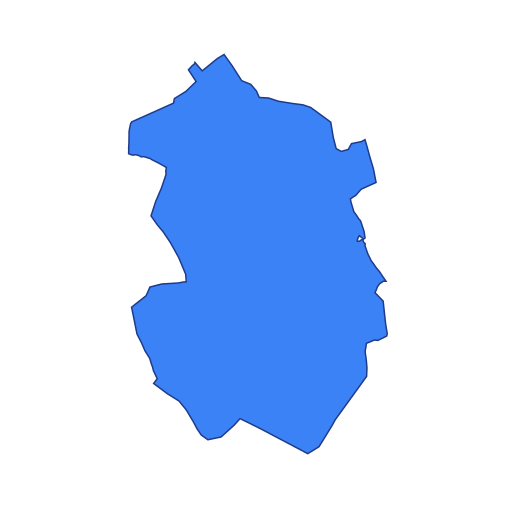 Miga, Jigawa, Nigeria (Albers equal-area conic projection), rotated 259°
{"feature_id": "59680162B14319741144045", "entity_name": "Miga", "entity_type": "district", "adm_level": 2, "iso_a3": "NGA", "parent_name": "Nigeria", "parent_adm1": "Jigawa", "projection": "albers", "projection_center": [9.714, 12.229], "detail": "fine", "context": "isolated", "style": "filled", "palette": "blue", "viewbox_px": 512, "rotation_deg": 259, "n_neighbors": 0, "source": "geoboundaries", "source_scale": "gbopen_adm2", "svg_char_len": 2163}
<svg xmlns="http://www.w3.org/2000/svg" viewBox="0 0 512 512"><g transform="rotate(259 256 256)"><path d="M349.4,385.2L348.2,381.4L348.1,371.2L343.0,366.9L342.4,359.7L346.1,355.2L357.5,354.5L373.1,354.9L391.4,338.0L395.5,330.8L398.8,320.8L403.7,307.4L408.7,298.5L411.0,289.5L417.9,287.9L425.5,283.6L430.8,275.4L439.9,271.8L447.5,268.8L450.5,267.4L452.5,266.5L459.9,263.1L457.3,255.9L448.0,238.5L457.7,233.0L456.2,232.1L455.6,231.2L455.3,230.1L451.7,225.2L438.7,230.5L431.0,218.7L426.1,205.9L421.8,204.2L411.4,159.6L409.9,158.2L407.5,157.2L405.0,156.1L401.8,155.0L398.6,154.4L394.9,153.6L391.0,152.8L385.9,151.5L383.9,151.2L381.8,150.7L380.7,150.5L379.5,152.3L378.4,154.7L378.5,156.2L378.3,157.3L377.5,159.1L376.5,160.8L375.2,162.2L375.0,164.7L374.0,166.7L373.0,168.5L372.0,170.5L370.4,172.2L368.3,174.9L366.4,177.4L364.7,179.5L360.0,184.9L356.7,183.7L353.3,183.3L340.7,176.1L328.8,168.0L315.4,160.6L305.2,165.2L297.8,169.3L285.6,174.5L269.3,179.8L251.5,183.5L244.0,182.6L244.4,178.9L244.3,175.0L246.5,158.1L245.8,146.0L238.0,140.6L229.5,124.1L202.1,124.3L192.4,127.1L184.2,128.9L175.9,132.1L170.1,132.7L166.3,133.3L163.2,133.4L154.4,135.6L150.4,131.2L137.4,143.0L128.4,152.7L118.4,158.1L104.5,163.1L97.5,165.2L90.7,168.1L84.8,173.7L85.0,187.2L94.2,202.4L99.4,209.3L95.3,214.8L85.4,227.7L52.1,269.1L56.8,281.5L74.8,298.1L80.2,302.6L116.7,341.6L125.1,343.6L127.1,343.8L131.7,344.3L134.4,344.5L137.5,344.7L139.6,344.7L143.0,345.3L144.4,346.1L149.2,347.7L150.9,356.2L149.9,359.5L152.3,368.4L152.5,369.0L154.6,370.0L164.9,370.3L187.5,372.2L197.3,365.8L200.2,367.9L202.5,369.2L205.2,372.1L206.9,376.2L206.4,378.8L211.6,376.5L217.0,374.3L221.5,371.8L226.1,369.8L229.3,368.2L237.2,366.1L245.0,365.0L247.0,365.4L247.4,365.5L247.9,365.0L248.7,364.4L249.8,364.2L251.6,363.9L251.8,362.5L250.7,360.4L251.3,358.2L253.7,359.2L256.3,361.2L253.8,363.4L253.2,364.0L252.1,365.0L252.9,366.5L259.4,366.8L269.5,365.5L271.1,365.1L272.0,364.4L273.7,363.6L275.3,363.0L277.0,362.3L278.8,361.5L280.4,360.6L283.8,360.2L291.1,359.5L294.1,359.6L296.6,365.7L301.5,372.0L305.3,387.9L319.1,387.9L332.4,386.6L341.8,385.9L349.4,385.2Z" fill="#3b82f6" stroke="#1e3a8a" stroke-width="1.5"/></g></svg>